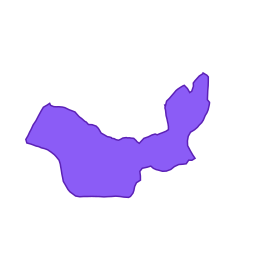 the district of Qakh District, Qax, Azerbaijan, rotated 240°
{"feature_id": "54616110B49356278605879", "entity_name": "Qakh District", "entity_type": "district", "adm_level": 2, "iso_a3": "AZE", "parent_name": "Azerbaijan", "parent_adm1": "Qax", "projection": "orthographic", "projection_center": [46.895, 41.256], "detail": "fine", "context": "isolated", "style": "filled", "palette": "violet", "viewbox_px": 256, "rotation_deg": 240, "n_neighbors": 0, "source": "geoboundaries", "source_scale": "gbopen_adm2", "svg_char_len": 2187}
<svg xmlns="http://www.w3.org/2000/svg" viewBox="0 0 256 256"><g transform="rotate(240 128 128)"><path d="M188.5,72.5L188.3,69.3L188.3,65.1L186.3,61.5L183.3,56.6L180.3,51.9L178.1,47.4L175.3,43.5L173.7,40.9L171.3,37.5L169.2,33.8L165.6,32.9L162.6,35.9L160.8,37.4L158.3,39.4L156.7,41.2L155.4,42.2L154.3,42.9L151.9,45.4L149.4,47.5L145.9,49.2L141.7,50.9L139.1,51.5L134.5,52.2L130.6,51.3L128.3,50.4L125.5,49.4L121.1,47.7L118.1,46.7L114.1,45.3L111.5,45.3L104.7,45.3L101.8,45.8L97.4,47.7L95.3,48.6L92.6,51.8L90.6,55.8L88.8,58.9L86.9,62.4L85.0,65.5L82.9,69.0L80.4,72.7L78.6,76.3L76.9,79.5L75.1,83.3L72.7,86.8L70.3,89.8L67.7,93.7L67.6,93.8L67.5,95.9L69.1,99.7L71.0,101.9L74.0,104.5L76.4,108.0L76.6,112.7L80.3,114.8L84.5,116.5L86.0,120.2L84.4,125.2L83.6,128.7L80.4,129.8L77.9,131.6L76.3,133.3L73.3,136.2L71.5,139.7L70.7,144.3L71.4,148.9L71.0,153.7L69.3,157.2L67.9,160.5L69.8,164.5L68.1,167.2L68.1,167.5L68.2,170.9L72.3,170.6L77.1,170.6L82.9,170.8L87.1,173.0L90.7,176.0L93.1,180.0L93.2,184.7L93.9,188.5L94.9,191.1L95.8,194.5L97.2,197.2L100.2,201.1L101.7,203.9L103.7,206.5L106.6,209.2L108.2,210.6L109.9,211.7L109.6,211.4L112.8,210.9L120.4,215.7L124.6,218.6L128.0,220.7L132.1,223.1L134.3,222.7L136.8,221.3L138.1,220.5L137.6,220.0L137.4,215.7L135.5,209.8L134.3,207.0L131.4,205.5L128.0,201.6L127.8,199.2L132.5,199.2L136.8,198.1L137.0,196.8L137.0,194.2L136.8,190.6L136.4,188.3L135.3,185.3L134.5,183.0L133.0,178.8L132.0,174.9L128.5,171.5L129.1,171.2L127.8,170.8L126.9,170.0L124.9,169.5L121.9,168.2L119.7,167.2L116.4,166.3L113.4,165.3L111.7,164.8L109.0,163.7L106.4,162.2L106.2,159.3L106.7,155.5L107.2,152.6L107.5,149.9L109.2,148.5L110.0,145.2L110.2,141.3L111.1,136.6L109.9,132.6L109.1,130.1L111.9,128.8L112.9,128.8L116.2,127.8L117.6,125.8L118.9,124.2L119.6,122.7L120.6,121.7L121.9,118.5L121.9,115.9L122.2,113.6L124.0,111.7L125.7,110.7L127.2,108.8L128.0,108.8L129.5,107.4L130.8,105.8L133.3,104.4L135.7,103.0L137.1,102.2L140.2,102.2L142.7,102.1L145.5,101.4L148.8,98.6L150.8,95.5L154.1,94.8L155.4,93.9L159.4,92.6L161.8,91.5L163.7,91.0L168.4,90.1L171.4,87.7L173.2,86.2L177.2,83.5L178.9,81.7L181.1,78.6L182.1,76.7L183.6,74.4L186.3,72.3L188.5,72.5Z" fill="#8b5cf6" stroke="#5b21b6" stroke-width="1.5"/></g></svg>